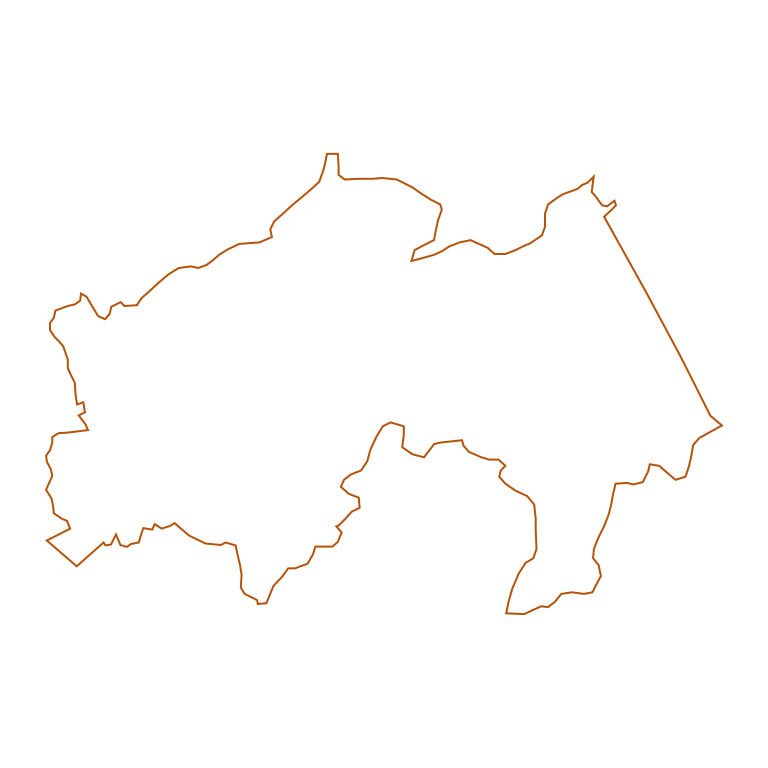 Kuala Terengganu, Terengganu, Malaysia (Albers equal-area conic projection)
{"feature_id": "92858781B69735571651191", "entity_name": "Kuala Terengganu", "entity_type": "district", "adm_level": 2, "iso_a3": "MYS", "parent_name": "Malaysia", "parent_adm1": "Terengganu", "projection": "albers", "projection_center": [103.071, 5.28], "detail": "fine", "context": "isolated", "style": "outline", "palette": "amber", "viewbox_px": 768, "rotation_deg": 0, "n_neighbors": 0, "source": "geoboundaries", "source_scale": "gbopen_adm2", "svg_char_len": 3034}
<svg xmlns="http://www.w3.org/2000/svg" viewBox="0 0 768 768"><path d="M257.8,604.0L266.4,603.2L273.4,586.1L282.7,576.0L288.2,568.3L295.2,568.3L307.6,563.6L313.0,554.3L315.3,546.6L332.4,546.6L337.8,541.9L341.7,532.6L336.3,526.4L338.6,525.6L344.0,520.2L351.8,511.6L359.6,507.8L358.8,497.7L348.7,493.8L340.9,486.8L344.0,479.8L351.0,474.4L361.1,470.5L367.3,461.2L370.4,449.6L376.6,436.4L382.8,426.3L390.6,422.4L403.8,426.3L403.8,434.8L402.2,447.2L412.3,454.2L424.0,457.3L434.1,444.1L440.3,442.6L462.0,440.2L463.5,445.7L469.0,451.9L481.4,457.3L489.1,459.6L498.5,459.6L505.4,465.8L500.8,470.5L499.2,476.7L505.4,483.7L515.5,490.7L527.2,496.1L534.2,504.6L535.7,518.6L535.7,530.2L536.5,548.9L533.4,558.2L525.6,562.8L518.6,573.7L512.4,588.4L508.6,601.6L506.2,613.3L524.1,614.1L532.6,610.2L541.1,606.3L548.1,607.1L555.1,601.6L561.3,593.9L572.2,592.3L583.8,593.9L592.4,592.3L595.5,586.1L600.9,576.0L598.6,565.2L593.1,558.2L593.9,548.9L598.6,537.2L604.0,526.4L608.6,514.7L611.0,505.4L613.3,493.0L615.6,483.7L627.3,482.9L633.5,484.5L642.8,482.1L648.2,471.3L649.8,464.3L659.1,465.8L675.4,479.8L685.5,476.7L688.6,467.4L690.9,458.1L693.2,444.9L699.4,437.9L721.9,425.5L710.4,415.8L690.0,375.1L679.1,353.7L645.3,290.7L604.1,216.7L611.1,210.3L616.0,205.3L614.5,200.8L607.1,206.3L602.1,205.3L598.1,199.8L595.7,196.4L591.7,191.9L593.7,176.6L587.7,182.6L582.2,185.0L577.6,188.8L562.8,194.3L556.6,198.2L548.1,204.4L545.0,213.7L545.0,226.9L541.9,235.4L530.3,243.2L521.7,247.0L515.5,250.1L505.4,254.0L494.6,254.0L487.6,247.8L470.5,240.1L459.6,242.4L449.6,246.3L441.0,251.7L434.0,254.8L423.2,257.9L411.5,261.0L414.6,250.1L423.2,245.5L434.0,240.1L435.6,231.5L437.9,220.7L441.8,209.8L440.2,204.4L430.9,199.7L422.4,194.3L412.3,187.3L396.8,179.5L382.1,178.0L372.8,178.8L358.8,178.8L344.8,179.5L338.6,174.9L338.6,165.6L337.8,153.9L327.0,153.9L323.9,168.7L319.2,181.9L310.7,189.6L300.6,198.2L292.1,205.2L282.0,214.5L274.2,221.4L270.3,229.2L271.9,237.0L259.5,242.4L239.3,243.9L227.7,249.4L219.1,254.8L212.9,260.2L206.7,264.9L198.2,268.0L191.2,266.4L178.8,268.0L168.7,274.2L158.6,282.7L149.3,291.3L141.5,298.2L136.9,305.2L124.5,306.0L120.6,302.1L111.3,306.8L109.7,313.8L105.1,319.2L98.1,316.1L93.4,308.3L86.5,296.7L81.0,293.6L80.2,300.6L74.8,304.4L67.8,306.0L55.4,310.6L53.9,317.6L50.0,323.1L50.0,330.0L54.6,337.0L59.3,341.7L63.2,346.3L67.8,359.5L67.8,368.1L70.9,375.0L74.8,382.8L75.6,395.2L77.1,404.5L83.3,402.2L84.9,412.3L78.7,415.4L85.7,424.7L88.0,430.1L68.6,432.5L58.5,433.2L52.3,437.1L52.3,442.6L50.0,450.3L46.1,455.7L46.9,461.9L50.7,468.9L52.3,475.9L48.4,484.5L46.1,489.9L51.5,498.4L53.1,506.2L53.8,513.2L61.6,518.6L67.0,520.9L70.1,528.7L46.8,540.5L73.1,563.2L76.7,566.3L103.6,542.5L105.5,545.4L111.0,544.5L116.0,534.5L120.4,545.0L126.9,546.9L130.9,544.0L138.8,542.5L140.8,535.5L143.3,528.1L152.2,529.6L154.7,524.1L161.7,528.6L169.6,526.1L174.6,523.1L181.5,529.1L189.0,535.5L205.4,543.5L220.8,545.0L225.7,542.5L235.7,545.5L237.6,554.9L240.1,565.3L241.6,574.8L240.8,587.7L244.7,593.9L257.1,600.1L257.8,604.0Z" fill="none" stroke="#b45309" stroke-width="2"/></svg>